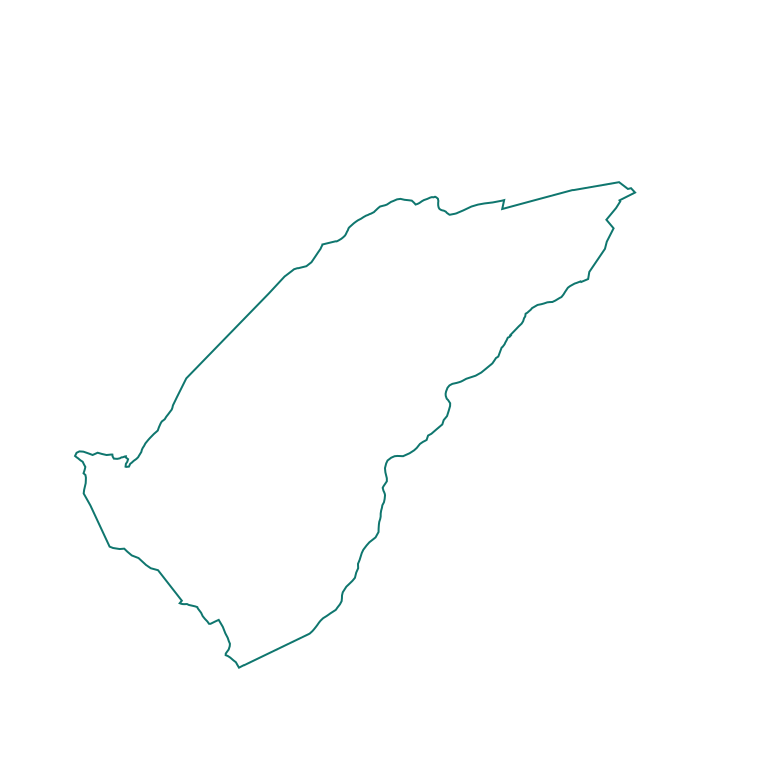 outline of San Juan Mixtepec -Dto. 26 -, Oaxaca, Mexico, rotated 51°
{"feature_id": "50627088B88987154065702", "entity_name": "San Juan Mixtepec -Dto. 26 -", "entity_type": "district", "adm_level": 2, "iso_a3": "MEX", "parent_name": "Mexico", "parent_adm1": "Oaxaca", "projection": "equal_earth", "projection_center": [-96.314, 16.258], "detail": "fine", "context": "isolated", "style": "outline", "palette": "teal", "viewbox_px": 768, "rotation_deg": 51, "n_neighbors": 0, "source": "geoboundaries", "source_scale": "gbopen_adm2", "svg_char_len": 4574}
<svg xmlns="http://www.w3.org/2000/svg" viewBox="0 0 768 768"><g transform="rotate(51 384 384)"><path d="M531.2,598.9L531.0,595.2L530.5,592.4L529.9,589.7L529.4,587.7L528.5,584.6L528.0,582.2L527.7,578.7L528.2,574.7L528.4,572.1L528.5,570.1L529.2,563.6L528.4,560.8L527.5,556.9L526.1,553.6L524.0,551.5L521.9,549.7L519.9,547.1L518.6,543.2L517.8,540.8L517.5,536.8L517.1,532.4L516.3,528.5L513.1,524.3L510.9,520.0L507.4,517.4L505.4,513.7L501.4,507.7L499.8,504.4L498.5,499.1L497.8,495.0L497.9,487.1L495.6,481.4L492.9,479.1L490.1,476.5L488.2,474.5L486.5,471.9L484.9,470.0L482.6,468.1L480.6,465.9L478.9,463.5L477.2,461.6L475.9,458.5L473.8,455.9L471.1,453.2L469.8,452.5L468.0,451.9L466.6,451.6L465.1,450.9L463.9,450.4L463.2,448.9L461.4,443.0L459.0,441.1L453.5,438.5L450.0,436.2L447.1,432.3L445.7,429.4L445.8,424.8L446.8,421.2L448.4,418.8L452.1,414.6L453.9,407.8L454.5,402.4L454.3,398.8L453.2,393.8L453.5,390.1L454.0,387.8L454.3,386.1L451.8,382.2L452.5,378.5L452.3,372.5L452.1,364.1L449.6,360.3L448.6,355.2L445.7,350.8L442.7,346.5L440.6,344.7L436.8,344.3L434.9,344.5L432.1,343.5L430.4,342.3L428.9,340.5L426.9,337.0L426.3,334.0L426.9,330.8L428.9,326.8L430.0,324.2L430.6,322.5L431.0,320.7L431.7,316.8L435.2,307.6L436.3,301.2L436.2,286.8L435.0,282.8L434.3,280.7L434.6,277.9L429.7,269.6L429.8,268.6L429.0,265.3L428.2,263.8L427.0,260.8L426.4,259.7L426.2,259.3L425.9,258.6L426.4,256.8L426.1,254.9L425.5,255.1L424.0,243.0L423.7,239.1L422.8,236.4L421.0,233.7L420.4,231.8L418.5,229.7L418.8,227.8L418.7,225.9L418.6,223.0L418.2,221.3L418.5,219.3L419.2,214.9L421.0,211.5L422.1,209.0L423.3,205.7L424.8,203.4L426.2,201.6L427.0,198.3L427.7,193.2L428.1,191.4L427.4,188.2L426.3,185.1L424.9,180.5L425.0,177.9L425.9,172.7L426.7,170.6L428.0,166.6L428.8,166.6L430.9,159.3L426.1,153.9L418.0,127.2L413.6,121.3L407.5,107.6L396.3,107.8L393.3,92.9L390.8,85.5L389.5,85.4L393.2,68.4L387.3,68.8L385.9,71.7L375.1,74.3L352.8,114.3L351.8,115.7L335.0,153.5L322.4,182.0L316.7,174.9L315.8,176.9L311.3,185.3L306.9,192.3L303.7,198.1L301.1,204.4L299.0,213.1L297.1,219.7L297.1,220.0L296.3,221.8L293.9,226.3L293.6,226.6L291.5,227.2L290.3,227.5L289.0,227.5L287.0,228.4L285.5,229.6L284.2,230.3L282.8,230.7L281.4,230.5L280.3,230.0L279.2,229.4L277.3,227.9L276.0,226.6L273.9,225.5L271.9,225.9L271.0,226.3L270.6,226.5L270.1,228.0L268.9,229.2L268.2,230.8L267.4,233.9L266.2,237.2L265.8,239.6L265.6,242.6L265.2,244.4L265.0,245.0L264.4,246.5L263.8,246.5L261.9,246.6L259.0,247.0L256.9,249.0L253.8,252.1L250.5,254.7L248.7,257.7L247.7,261.4L246.9,263.9L246.4,268.8L245.8,270.6L245.0,272.3L244.4,273.6L244.1,274.3L243.6,275.3L243.6,277.5L243.7,279.3L243.8,280.2L243.9,281.9L244.0,282.8L244.1,283.6L243.4,287.0L242.9,288.3L242.5,290.2L241.9,291.9L241.4,294.8L241.1,297.9L240.4,301.2L240.2,303.6L240.1,306.2L240.3,310.5L240.4,312.4L240.7,313.6L241.7,315.2L242.4,317.0L243.4,319.0L244.1,320.8L244.3,323.1L244.3,325.0L244.3,325.8L243.8,329.2L243.4,331.0L242.6,331.9L236.8,344.1L237.2,344.4L238.1,346.5L239.0,348.2L240.2,352.3L241.6,356.8L243.7,363.7L243.6,370.2L240.1,377.7L239.5,378.4L238.2,381.7L238.2,384.2L237.9,393.6L241.2,416.8L247.9,473.1L255.2,534.1L263.9,553.2L265.6,556.8L267.8,561.5L269.3,563.4L270.3,565.1L270.9,567.6L271.7,570.7L272.4,573.8L273.4,576.6L273.3,580.3L274.0,582.3L276.0,586.2L277.8,589.1L277.9,591.2L278.0,594.2L278.7,600.1L279.1,602.5L280.0,606.8L281.2,609.6L281.8,611.6L282.7,613.5L284.1,615.4L285.5,619.4L286.2,621.2L286.4,623.7L286.2,626.8L286.4,629.8L286.3,631.4L287.7,634.2L286.2,636.5L285.6,636.9L283.6,634.8L282.9,632.5L281.4,630.2L278.5,630.9L277.8,630.1L277.3,630.8L276.5,633.2L275.8,634.2L275.5,636.1L274.3,638.4L272.0,640.9L269.5,640.5L267.9,639.5L267.0,640.6L264.6,644.3L260.9,647.2L257.2,649.8L255.8,655.1L251.9,657.4L247.4,660.2L244.7,663.1L244.0,666.2L245.5,669.4L247.6,669.0L248.8,668.6L252.4,667.9L254.8,667.1L257.8,667.8L260.5,668.3L262.0,670.2L263.3,672.1L264.3,673.7L266.8,673.3L269.2,674.6L271.4,676.5L273.4,678.3L277.6,683.7L280.1,686.3L293.6,688.6L337.7,699.6L340.9,697.8L345.9,693.3L348.5,689.5L352.7,689.0L358.5,687.9L364.8,684.3L375.0,682.8L380.4,681.2L386.5,676.8L425.2,677.5L425.8,680.7L426.9,680.1L428.2,679.1L429.4,677.8L431.0,675.6L432.9,674.7L435.8,672.4L438.0,670.7L439.9,669.5L441.1,669.9L443.6,670.0L446.7,670.1L450.3,671.0L453.8,671.0L457.5,670.7L460.2,670.9L461.2,669.7L462.4,664.4L463.3,660.9L471.3,662.1L477.9,664.2L482.9,665.2L486.1,666.4L488.9,667.2L490.7,668.9L492.6,671.8L493.3,674.5L493.9,676.6L495.1,677.7L497.0,676.6L499.7,675.7L504.1,674.9L507.0,674.2L509.8,674.7L513.2,675.2L514.3,669.9L514.5,669.8L531.2,598.9Z" fill="none" stroke="#0f766e" stroke-width="2"/></g></svg>